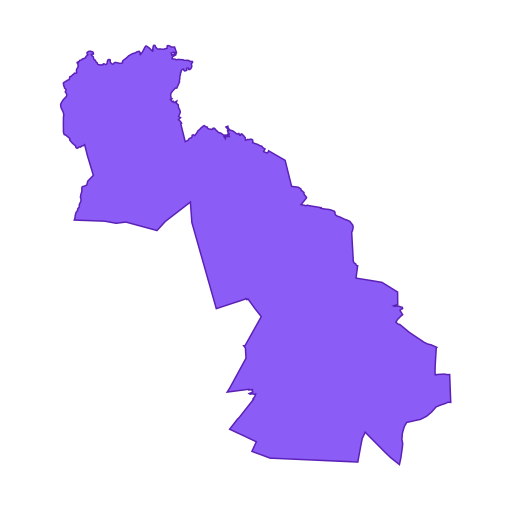 the district of Huehuetoca, México, Mexico, rotated 87°
{"feature_id": "50627088B67518799589693", "entity_name": "Huehuetoca", "entity_type": "district", "adm_level": 2, "iso_a3": "MEX", "parent_name": "Mexico", "parent_adm1": "México", "projection": "albers", "projection_center": [-99.283, 19.822], "detail": "fine", "context": "isolated", "style": "filled", "palette": "violet", "viewbox_px": 512, "rotation_deg": 87, "n_neighbors": 0, "source": "geoboundaries", "source_scale": "gbopen_adm2", "svg_char_len": 5940}
<svg xmlns="http://www.w3.org/2000/svg" viewBox="0 0 512 512"><g transform="rotate(87 256 256)"><path d="M216.0,394.0L215.3,384.2L225.4,353.5L216.7,344.7L198.7,318.7L219.2,318.3L306.5,298.4L298.5,269.1L297.9,268.4L299.2,267.4L298.4,266.3L308.9,259.5L316.8,253.9L344.9,271.6L345.0,273.0L347.2,271.4L357.5,271.3L386.6,289.2L390.4,291.9L388.7,270.0L389.4,270.1L389.2,266.6L390.3,267.0L391.0,266.4L391.8,266.4L393.0,270.1L393.3,269.7L393.7,268.9L393.4,267.2L394.0,265.1L393.8,263.6L396.0,264.4L398.6,266.5L399.0,266.0L416.5,281.3L417.9,283.0L427.6,291.4L441.5,265.4L450.9,270.3L458.6,252.5L467.1,165.1L451.8,161.5L443.9,159.5L437.7,156.2L459.1,137.1L464.7,131.8L471.8,123.7L465.2,121.9L454.9,119.9L451.0,119.3L446.9,119.9L440.7,119.1L434.0,116.8L430.1,114.2L427.7,100.2L425.1,94.3L424.0,92.7L420.8,88.6L416.1,84.0L414.7,80.1L413.2,74.7L412.1,72.1L412.4,69.2L384.5,68.8L384.5,71.0L383.8,74.0L383.8,81.4L384.1,82.2L384.1,83.2L381.2,83.3L373.9,82.7L357.3,80.8L356.7,80.2L353.9,85.7L352.8,89.4L350.8,92.9L340.2,107.0L331.8,116.1L331.9,117.1L329.4,119.8L327.7,118.6L326.5,117.6L323.6,114.5L322.3,112.6L317.8,115.1L316.8,113.9L316.4,112.6L316.0,112.3L314.9,112.6L314.7,113.7L313.8,115.4L313.3,117.8L313.6,119.8L313.0,121.2L311.9,117.0L299.4,116.5L288.9,131.6L283.3,157.3L271.1,155.0L271.0,155.6L270.5,156.3L269.0,156.9L268.3,158.1L266.6,159.1L237.4,159.2L235.7,158.3L233.2,157.6L231.3,157.5L230.0,157.9L226.3,160.5L224.9,163.2L224.0,165.5L221.4,170.3L220.0,173.6L219.1,174.3L217.8,175.0L216.5,174.8L215.4,175.4L213.8,179.1L213.2,181.4L212.8,184.3L211.7,188.9L211.1,188.6L208.5,200.4L207.9,202.1L208.5,203.5L207.9,204.9L207.1,208.3L200.6,202.5L200.0,202.5L196.8,204.8L195.0,204.8L194.6,205.5L193.5,206.2L193.3,207.3L191.3,207.7L189.5,210.3L188.3,216.8L162.0,221.9L151.6,237.9L153.0,238.5L153.7,239.6L152.3,242.8L152.1,243.0L149.6,241.4L148.3,243.4L146.7,244.4L146.0,246.4L144.8,248.1L142.7,253.4L141.1,253.1L140.0,253.3L139.4,254.0L139.0,254.8L139.4,256.8L139.1,258.2L139.6,259.0L139.8,260.4L137.2,260.6L135.3,262.0L133.3,263.8L133.8,265.3L134.6,265.2L134.7,266.0L132.7,266.7L133.2,268.7L130.0,272.3L128.6,275.9L126.2,277.2L124.9,277.3L125.6,279.3L126.2,279.0L127.0,278.1L129.1,276.8L129.4,276.9L129.4,277.8L132.3,277.2L132.3,276.5L133.1,276.5L133.0,277.9L133.7,278.6L133.6,280.9L134.3,281.1L134.7,276.5L135.3,276.3L135.1,280.9L136.6,280.2L137.3,280.5L136.3,280.9L135.6,281.5L133.1,282.5L131.2,285.1L131.0,286.2L130.6,286.8L130.6,287.2L129.6,287.9L127.8,289.7L126.9,290.4L126.6,290.4L126.3,290.8L126.1,291.4L126.3,291.9L126.3,292.3L126.6,292.3L126.7,292.7L126.9,292.9L127.0,292.8L127.3,293.8L126.9,294.9L126.9,295.9L126.2,297.4L125.4,297.9L124.8,297.8L124.2,299.5L123.1,300.8L123.4,301.9L124.2,302.5L124.3,302.9L124.8,303.8L126.2,305.1L127.8,307.3L130.4,309.0L132.5,310.9L132.5,311.2L131.7,312.3L131.8,312.8L132.2,313.5L133.6,313.6L134.7,314.7L135.1,316.4L137.0,318.0L138.1,320.7L120.1,324.2L119.5,323.3L117.4,324.6L115.8,326.3L113.9,324.1L112.7,326.0L108.9,324.2L107.9,324.1L106.5,324.4L103.6,325.6L100.8,325.8L99.2,327.7L97.1,327.0L98.5,329.8L97.1,330.6L97.6,331.4L95.3,333.3L94.6,331.6L93.8,332.5L91.1,332.8L89.2,332.5L86.9,330.7L84.1,327.8L84.2,326.3L78.2,323.3L76.8,323.3L74.8,322.8L72.9,322.7L71.0,322.0L69.1,321.8L68.9,321.4L66.5,320.7L65.8,319.7L65.6,318.6L66.8,318.3L67.5,317.5L67.0,315.5L66.7,315.4L65.3,315.5L64.8,315.1L64.7,314.1L64.9,313.7L65.1,313.5L66.2,313.5L66.4,313.2L66.3,312.5L65.6,311.3L64.6,310.7L63.4,310.2L62.5,310.2L60.8,310.5L60.2,310.1L59.5,309.3L59.1,309.2L58.7,309.2L58.3,309.6L58.3,311.7L57.3,312.7L57.1,313.5L56.8,317.8L56.1,318.7L56.0,320.4L55.6,323.4L55.9,325.3L55.3,326.3L54.6,329.5L52.9,329.0L52.5,328.7L51.0,325.6L49.3,325.1L51.0,329.6L48.9,330.1L48.2,327.7L48.8,325.9L48.6,324.8L43.0,326.4L43.1,327.4L42.9,329.5L42.1,330.5L41.2,332.7L41.4,333.6L43.9,333.9L44.3,336.3L44.8,337.1L44.4,340.0L44.1,341.3L44.4,342.8L43.9,343.8L41.9,345.4L40.6,345.8L40.2,346.5L40.3,347.1L41.0,347.6L44.4,348.4L45.1,348.0L46.0,348.4L45.6,349.2L43.0,351.3L40.7,354.3L40.5,354.9L41.6,356.0L45.5,358.2L47.3,359.5L48.8,361.0L48.0,361.3L46.8,361.0L45.4,362.0L46.0,364.5L46.8,365.9L47.5,368.9L49.5,372.8L51.1,374.6L53.9,378.6L54.7,379.1L56.0,379.2L56.5,380.2L56.5,381.9L56.2,383.2L55.6,385.0L55.3,386.6L55.6,387.3L56.9,388.7L56.9,389.4L55.6,390.9L54.6,391.3L52.5,391.3L52.0,392.5L52.3,393.4L53.1,394.0L55.6,394.6L56.4,395.0L56.9,395.7L56.9,396.2L56.1,397.8L56.4,398.8L57.1,398.9L57.1,399.1L57.0,401.7L56.6,403.4L56.2,404.1L54.5,404.6L53.9,405.5L52.0,406.3L51.5,407.3L51.1,407.6L48.6,408.1L46.8,409.9L46.3,409.9L46.0,409.6L45.9,407.8L44.9,407.7L44.0,408.0L43.5,408.7L43.0,410.0L42.8,410.7L42.9,412.4L43.7,413.8L44.2,414.1L45.4,414.1L46.2,413.4L46.4,413.4L47.6,415.1L49.3,416.2L49.8,417.6L50.1,419.1L51.1,419.8L51.4,421.7L51.6,422.0L52.5,422.4L52.6,422.9L53.0,422.9L53.5,423.2L53.5,423.4L53.1,424.3L53.3,424.5L53.9,424.5L55.0,423.7L56.4,423.8L56.9,423.5L57.3,423.5L59.4,424.9L60.2,425.3L61.6,425.7L63.6,425.5L63.8,425.7L64.1,426.3L63.9,427.2L64.0,427.9L64.9,428.6L65.4,429.6L66.9,431.1L67.0,432.1L67.2,432.4L67.5,432.7L69.0,432.9L70.2,433.6L70.6,435.2L71.4,436.4L72.6,438.7L73.3,439.4L75.0,439.1L76.1,439.1L77.0,438.5L78.2,438.5L79.5,437.2L79.9,437.1L80.6,437.1L81.7,437.8L82.5,437.8L83.7,436.8L85.2,436.6L85.8,436.6L86.7,437.0L87.9,438.2L89.7,440.2L92.2,442.0L93.9,443.0L94.8,443.2L97.4,443.0L98.3,442.7L102.2,441.0L104.0,440.7L105.8,440.6L106.8,441.0L114.6,441.5L122.5,441.8L124.7,441.2L125.4,439.6L129.0,435.7L130.4,436.0L133.6,433.6L136.4,430.6L138.3,430.1L139.1,429.0L138.6,427.8L137.8,427.0L138.1,425.5L136.8,424.0L136.9,422.8L135.9,421.3L147.0,419.1L166.9,414.2L172.4,420.1L176.3,421.3L177.4,424.1L177.4,424.9L177.7,425.6L178.2,426.2L178.9,426.4L180.8,426.4L182.5,426.6L185.8,427.8L187.3,428.0L187.9,428.3L190.1,427.8L192.2,428.0L195.2,429.7L197.9,430.0L198.5,430.4L198.7,430.9L199.6,431.6L201.4,431.9L203.0,433.4L206.0,434.4L208.5,434.8L210.6,435.6L213.3,405.3L216.0,394.0Z" fill="#8b5cf6" stroke="#5b21b6" stroke-width="1.5"/></g></svg>